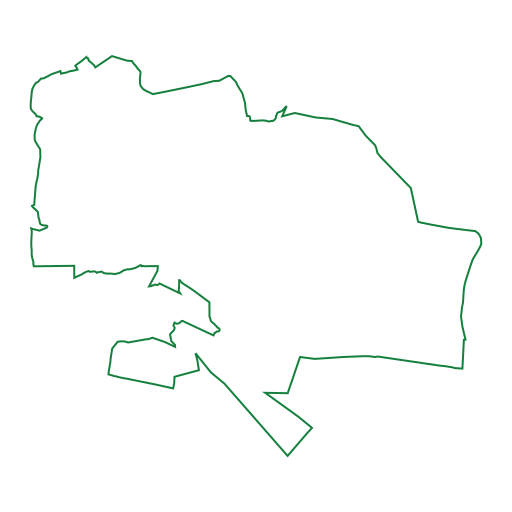 Huixtán, Chiapas, Mexico (Robinson projection)
{"feature_id": "50627088B13883895679368", "entity_name": "Huixtán", "entity_type": "district", "adm_level": 2, "iso_a3": "MEX", "parent_name": "Mexico", "parent_adm1": "Chiapas", "projection": "robinson", "projection_center": [-92.432, 16.683], "detail": "fine", "context": "isolated", "style": "outline", "palette": "green", "viewbox_px": 512, "rotation_deg": 0, "n_neighbors": 0, "source": "geoboundaries", "source_scale": "gbopen_adm2", "svg_char_len": 5859}
<svg xmlns="http://www.w3.org/2000/svg" viewBox="0 0 512 512"><path d="M228.1,75.9L227.2,76.5L219.2,80.8L213.7,81.1L201.9,84.1L184.9,87.7L161.7,92.4L152.9,94.1L147.3,91.4L146.1,91.1L145.8,90.9L144.9,90.0L143.4,89.3L143.0,89.0L142.7,88.5L142.0,87.7L140.9,86.4L140.4,85.1L140.1,84.1L140.0,83.1L139.9,78.1L140.3,74.9L140.4,74.6L140.4,74.0L140.5,72.7L140.5,72.2L140.1,71.3L138.8,69.8L138.2,69.2L137.7,68.7L137.4,67.9L136.7,67.4L136.4,66.7L135.9,66.0L135.2,65.4L134.9,64.7L134.1,64.2L132.2,61.6L132.1,61.1L126.8,60.6L112.0,56.1L95.3,67.4L94.1,65.3L91.5,62.9L88.8,60.7L88.6,59.5L88.1,59.0L87.7,57.9L86.1,57.6L86.1,57.3L81.4,61.2L75.8,65.2L75.3,65.8L76.7,67.8L77.4,69.1L77.5,69.7L75.9,70.0L74.1,70.5L72.2,70.9L70.2,71.1L67.3,72.2L65.4,72.8L64.2,72.9L63.4,73.1L61.1,73.7L60.3,71.1L58.2,71.9L54.6,73.1L53.8,73.4L53.0,73.7L52.0,74.0L51.4,74.3L49.7,75.1L48.9,75.7L48.2,76.0L47.7,76.4L47.0,76.6L45.6,77.4L44.9,77.6L44.3,78.2L43.9,78.2L43.0,78.4L41.0,78.6L37.9,82.0L36.0,82.8L33.8,86.0L32.4,89.0L31.7,92.3L31.4,96.9L30.9,100.5L30.7,104.6L30.7,107.9L31.2,109.5L33.1,111.9L34.1,112.7L34.7,113.3L35.7,114.5L36.4,115.2L36.6,116.3L37.7,116.3L39.9,116.9L42.2,118.3L42.2,118.5L39.9,120.6L37.0,125.0L35.9,128.3L34.6,134.6L34.7,139.4L35.3,141.4L40.1,149.2L40.2,150.0L40.4,157.3L38.1,171.1L38.2,173.0L38.0,174.5L37.4,177.9L37.1,179.6L36.6,181.4L36.2,183.2L35.9,185.0L35.6,186.9L34.2,204.9L32.0,205.8L32.6,206.9L33.2,207.6L33.7,207.9L34.1,208.2L34.4,208.7L34.7,208.9L35.0,209.0L35.3,209.5L35.9,209.9L36.5,210.6L36.8,210.8L37.8,211.8L38.5,217.2L39.6,220.9L39.6,222.1L40.0,223.0L40.5,224.2L40.8,224.4L41.6,224.8L41.9,225.0L42.3,225.1L43.0,225.2L43.3,225.3L45.2,225.6L45.5,225.5L46.6,225.6L47.0,225.8L47.3,226.3L47.3,226.6L47.1,227.1L46.7,227.7L39.4,230.7L39.1,230.5L32.7,229.0L31.2,228.4L31.8,231.7L31.3,240.7L31.3,245.6L31.4,247.0L31.7,250.7L31.7,255.1L32.1,257.2L32.7,259.7L33.5,262.2L33.3,263.5L33.3,263.8L33.8,266.3L74.2,265.8L74.3,277.9L80.1,275.1L81.4,274.6L82.8,273.6L84.8,272.5L86.4,271.7L88.7,271.0L89.8,271.8L91.0,271.7L91.3,271.7L91.7,271.5L93.0,271.5L93.9,271.4L94.9,271.5L95.8,271.9L96.7,272.8L97.5,272.4L100.1,271.9L101.1,271.6L101.6,271.6L102.1,271.9L102.4,272.1L104.0,273.2L106.9,273.5L107.8,273.7L108.0,273.6L108.6,273.7L109.3,273.5L115.2,274.0L119.6,272.9L123.9,270.3L127.8,269.2L129.3,269.4L134.8,268.1L138.4,266.4L138.6,266.2L139.5,265.6L140.8,265.1L141.5,266.2L142.9,265.9L144.0,266.2L157.8,266.1L157.7,269.1L157.3,271.1L149.1,286.3L149.5,286.2L149.9,286.3L150.2,286.1L150.6,286.1L151.1,286.1L151.7,285.9L152.0,285.6L152.3,285.5L152.5,285.5L152.9,285.3L153.6,285.3L154.2,284.9L154.5,284.7L155.2,284.7L155.5,284.6L155.8,284.7L156.4,284.9L157.1,285.0L157.6,285.0L158.2,284.7L159.5,283.5L180.1,293.4L179.4,292.2L178.9,291.6L178.7,290.2L178.7,289.6L179.0,288.5L179.2,281.5L179.2,281.2L179.1,280.6L179.1,280.2L180.0,280.3L180.6,281.3L182.4,283.2L190.2,288.2L194.1,290.9L209.4,302.3L209.5,316.8L209.9,317.4L210.3,318.7L210.6,320.1L210.8,320.8L211.6,321.8L212.5,322.6L213.5,323.3L214.0,323.7L214.6,324.3L214.8,324.7L215.6,325.5L216.3,326.0L216.6,326.3L216.8,326.6L217.0,326.9L217.2,327.4L217.7,327.8L218.2,327.9L218.6,328.1L219.0,328.4L219.7,329.4L219.7,329.7L219.2,330.9L218.8,331.3L218.1,331.5L217.6,331.4L217.1,331.4L216.5,331.7L216.1,332.0L215.8,332.3L215.5,332.5L214.9,333.0L214.5,333.1L214.3,333.5L213.5,335.4L183.1,321.2L182.9,321.0L182.6,320.9L182.2,320.9L181.4,321.2L180.0,322.5L179.3,323.2L177.1,323.7L175.7,323.4L174.7,322.6L174.1,323.5L173.5,325.1L173.8,326.3L174.4,327.2L174.7,328.0L174.5,328.6L174.1,329.6L173.9,330.2L171.7,332.5L170.1,334.3L170.1,335.1L170.2,335.8L170.6,337.1L170.7,338.1L170.7,338.4L171.3,340.7L171.3,341.1L171.6,341.4L172.1,342.0L173.3,343.1L174.2,344.1L174.9,344.8L175.1,346.9L165.3,342.2L160.8,340.6L152.4,337.7L148.5,339.1L145.5,339.4L142.6,339.9L128.1,342.5L124.5,341.4L121.9,341.3L117.7,341.7L112.2,348.6L110.7,358.0L110.3,362.6L109.2,368.8L108.5,373.4L108.5,374.4L112.5,375.5L114.0,376.0L114.9,376.2L115.7,376.3L118.6,377.1L123.3,378.1L128.0,378.9L130.7,379.5L155.5,384.5L173.1,388.4L174.2,383.3L174.5,376.8L198.9,370.2L197.3,360.1L195.5,353.2L211.0,372.5L224.4,383.6L287.6,455.9L307.3,433.0L312.0,427.9L299.7,417.8L299.0,417.2L265.2,392.8L287.7,393.2L293.6,376.0L294.6,372.9L299.4,358.9L300.1,357.0L314.7,358.9L343.1,357.0L355.5,356.5L363.4,356.2L368.8,356.2L375.0,357.0L375.7,357.0L376.2,356.9L376.5,356.8L377.0,356.7L377.6,356.5L439.6,365.6L446.1,366.3L453.2,367.5L454.8,368.1L462.4,368.6L463.0,357.1L463.9,339.8L465.5,339.6L462.5,327.1L461.0,316.6L461.7,310.4L461.9,307.9L462.1,307.0L462.3,305.9L462.9,303.1L463.0,301.9L463.2,300.1L463.3,297.5L463.8,289.9L464.2,287.2L464.7,284.4L465.6,280.9L466.4,278.4L469.6,268.5L470.4,266.0L470.9,264.6L471.0,264.2L472.2,260.9L472.8,259.3L475.2,255.3L477.1,252.2L480.0,247.0L481.2,244.1L481.2,243.4L481.3,243.3L480.9,238.0L479.2,234.7L477.8,233.0L475.2,231.1L463.3,229.7L449.0,227.9L432.6,224.9L421.0,222.6L418.1,221.7L410.8,187.9L410.5,187.7L380.4,156.7L377.4,152.9L376.4,148.6L375.1,145.2L366.6,136.6L364.5,134.1L358.7,126.2L352.6,124.8L340.8,121.4L332.7,119.0L315.8,117.5L294.8,113.0L282.2,116.3L286.6,106.4L286.8,106.1L285.6,107.0L284.8,107.9L284.2,108.6L283.5,109.4L282.8,110.1L282.3,110.6L281.7,111.1L281.1,111.4L278.5,112.3L278.1,112.5L277.7,112.7L277.4,113.0L277.0,113.6L276.8,114.3L276.7,114.5L276.5,115.1L276.1,115.7L275.9,116.2L276.0,117.1L275.8,117.5L275.7,118.1L275.5,118.6L275.2,119.0L274.8,119.4L274.4,119.9L273.7,120.5L273.2,120.6L272.7,121.0L271.9,120.9L271.5,121.0L270.8,121.1L270.1,121.2L269.5,121.4L268.5,121.5L266.5,120.9L264.9,120.5L263.8,120.5L262.5,120.4L260.6,120.5L259.8,120.5L256.1,120.8L252.1,120.9L251.0,120.8L250.5,120.8L250.2,120.4L250.2,119.1L250.0,117.1L249.5,116.4L248.6,116.0L247.1,116.1L245.6,109.5L245.1,103.3L242.5,93.9L241.7,92.1L239.7,89.1L237.2,84.8L235.9,81.9L235.0,80.9L230.3,76.0L228.1,75.9Z" fill="none" stroke="#15803d" stroke-width="2"/></svg>